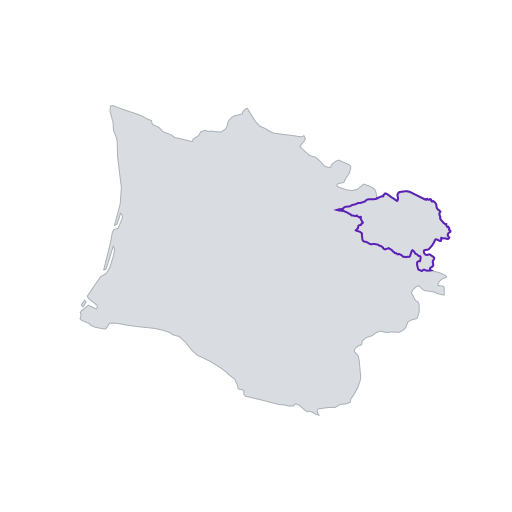 Denguélé on a map of Ivory Coast (Equal Earth projection), rotated 111°
{"feature_id": "CIV-3437", "entity_name": "Denguélé", "entity_type": "Region", "adm_level": 1, "iso_a3": "CIV", "parent_name": "Ivory Coast", "parent_adm1": "", "projection": "equal_earth", "projection_center": [-7.217, 9.491], "detail": "fine", "context": "in_parent", "style": "outline", "palette": "violet", "viewbox_px": 512, "rotation_deg": 111, "n_neighbors": 0, "source": "natural_earth", "source_scale": "10m", "svg_char_len": 8555}
<svg xmlns="http://www.w3.org/2000/svg" viewBox="0 0 512 512"><g transform="rotate(111 256 256)"><path d="M148.6,99.7L149.9,99.6L153.3,98.3L156.3,95.3L159.2,89.0L163.1,84.0L167.4,84.3L168.7,83.4L170.3,83.2L172.1,86.6L173.9,89.1L175.2,89.2L176.2,93.9L184.2,95.9L187.6,97.3L190.5,100.7L191.5,100.8L192.7,100.1L193.6,98.9L193.8,97.5L192.6,94.4L193.1,91.6L194.4,89.0L196.4,88.9L199.5,88.2L203.1,88.1L205.7,88.6L206.8,86.1L205.8,79.0L206.0,75.1L206.4,71.7L207.4,70.4L211.4,74.6L215.0,76.0L217.6,76.2L218.3,75.4L217.2,70.9L217.5,69.5L218.4,68.7L220.1,68.3L224.7,66.4L225.2,66.8L226.1,73.9L225.7,76.2L226.6,81.1L227.8,85.6L227.8,87.4L226.8,90.2L225.6,92.8L225.7,93.8L227.6,95.6L231.1,97.3L234.7,97.8L236.7,95.1L238.9,93.0L240.3,91.1L240.8,88.3L243.1,86.2L249.7,83.6L255.8,83.2L257.2,84.1L260.0,88.0L263.4,90.7L268.7,90.4L272.6,92.0L275.9,95.0L278.1,101.7L280.6,106.6L281.7,113.5L285.5,117.1L288.5,118.7L292.6,123.8L296.9,126.3L301.2,125.7L303.3,128.4L306.5,130.2L309.8,130.3L312.7,124.6L316.4,122.3L326.0,117.6L329.8,115.6L333.6,114.2L342.8,113.8L351.4,115.2L355.7,116.3L358.6,115.5L361.4,118.3L364.3,124.0L366.6,125.9L369.0,127.9L370.8,132.4L372.9,136.9L374.1,138.9L376.7,143.4L378.9,143.5L381.0,141.5L382.0,140.1L382.4,143.0L381.6,147.8L381.8,150.8L383.0,151.9L382.3,155.7L379.8,162.2L379.8,166.0L382.4,167.2L384.2,171.3L385.3,178.2L386.4,180.5L386.5,182.0L388.4,198.8L390.7,215.7L389.3,217.9L387.3,218.6L386.0,219.3L385.7,220.9L386.5,223.2L386.0,225.3L383.5,226.8L378.2,232.2L377.9,234.3L376.5,238.9L375.3,241.7L373.6,246.9L370.8,260.6L369.9,271.9L369.7,275.4L368.6,277.9L367.4,281.4L361.7,291.2L358.7,299.1L359.1,302.6L359.3,306.1L358.4,308.6L358.6,315.3L359.3,320.9L360.4,326.5L364.6,342.1L366.8,351.6L368.2,359.3L369.4,364.4L370.6,366.5L371.0,368.5L377.3,369.9L378.5,371.1L380.2,381.1L379.9,385.6L378.7,387.3L378.8,391.1L378.5,395.9L377.6,397.8L374.1,398.0L371.7,399.8L368.6,399.1L368.3,397.9L366.6,397.5L362.0,394.8L362.7,386.1L360.6,385.7L358.9,386.9L355.6,397.3L354.0,399.1L330.9,393.7L325.8,389.4L319.8,388.4L309.3,388.9L300.6,390.2L298.2,392.8L320.0,391.3L322.4,391.6L323.5,393.2L295.8,396.6L285.3,398.6L282.2,398.1L279.8,394.7L268.3,394.3L266.0,395.4L264.6,397.9L269.1,397.4L276.2,397.2L278.1,399.1L255.8,401.5L240.4,406.2L233.8,409.7L212.3,421.1L199.1,426.5L195.7,428.5L189.7,434.1L182.0,437.6L173.4,444.1L168.1,445.6L166.9,443.5L166.8,432.4L166.1,417.5L166.3,411.9L167.0,406.5L167.1,402.1L169.7,400.4L170.4,398.5L170.8,392.8L173.2,387.5L173.3,378.4L174.0,376.5L174.5,374.0L173.5,368.0L172.1,356.7L171.5,356.0L170.9,356.4L169.5,356.7L164.1,352.7L159.9,352.1L157.0,348.7L156.8,344.9L155.4,342.7L154.4,338.3L152.9,333.2L148.8,330.2L144.9,329.4L142.2,330.1L139.0,329.9L135.3,328.2L132.7,326.3L130.3,322.6L128.1,319.7L126.3,320.0L124.1,319.3L122.0,318.0L121.3,317.0L130.3,305.2L133.3,299.5L133.6,296.0L133.7,292.4L134.6,288.8L134.9,283.2L130.0,263.1L128.7,256.9L127.4,255.1L126.5,254.4L129.0,251.8L132.5,252.5L137.8,254.5L138.9,252.5L142.9,242.4L142.8,238.6L142.4,236.0L144.8,229.1L146.7,226.4L147.6,223.5L147.3,219.5L145.9,218.0L144.1,218.3L141.9,217.3L138.5,215.1L136.8,213.0L137.3,203.9L137.6,201.0L138.8,199.4L140.7,198.9L145.9,198.7L150.1,199.7L153.9,200.3L155.9,200.3L157.5,203.0L159.6,205.8L161.5,205.8L162.1,203.7L161.7,194.7L160.5,189.9L157.6,185.3L150.3,181.3L150.1,175.8L150.8,169.9L152.4,167.7L157.9,163.9L156.9,161.8L155.2,159.7L151.7,157.5L152.5,150.3L152.7,144.0L149.8,144.7L146.8,145.1L144.2,143.1L142.1,139.2L141.7,128.6L141.7,116.3L141.3,110.9L142.1,108.0L144.7,105.3L147.6,101.9L148.6,99.7ZM365.6,399.2L364.4,401.6L358.5,400.1L359.9,398.1L365.6,399.2Z" fill="#d9dde1" stroke="#a8b0b8" stroke-width="1"/><path d="M141.7,117.3L141.3,116.7L141.6,116.4L141.7,116.0L141.6,114.9L141.4,114.6L141.1,114.5L140.9,114.5L140.7,114.4L140.6,113.9L140.4,113.3L140.5,112.8L141.4,112.3L142.0,111.7L142.1,111.1L141.6,110.9L141.2,110.2L141.6,108.7L142.5,107.1L143.4,106.1L145.6,105.0L146.6,104.2L147.5,102.8L147.6,101.9L147.8,101.1L148.2,100.4L148.6,99.7L149.4,100.1L150.4,100.1L151.3,99.8L152.1,99.3L152.9,98.4L153.3,98.0L154.4,97.8L154.9,97.6L155.3,97.2L155.7,96.8L156.7,95.0L156.9,94.5L157.1,93.9L157.4,93.6L157.7,93.3L157.9,92.8L158.0,92.0L158.5,90.8L158.0,89.8L158.8,89.5L159.8,88.7L160.3,87.8L159.8,86.9L160.2,86.6L160.4,86.5L160.4,86.1L161.0,85.5L161.4,85.3L161.9,85.4L162.3,85.3L162.5,84.6L162.7,83.9L162.9,83.4L163.9,83.2L165.4,84.5L166.5,84.6L166.9,84.6L167.7,84.6L168.1,84.4L168.4,84.0L169.5,82.2L170.1,82.1L170.6,82.3L171.1,82.6L171.4,83.2L171.7,83.9L171.7,84.5L171.7,85.2L171.7,85.7L171.9,86.3L172.6,87.9L172.7,88.6L172.6,89.1L172.6,89.5L173.2,89.5L173.6,89.4L174.8,88.8L175.8,88.9L176.1,89.8L175.8,92.2L175.8,93.6L176.2,94.4L176.9,94.6L179.7,94.7L183.2,95.4L187.5,97.0L188.3,97.6L189.0,98.7L189.6,100.1L190.4,101.0L191.5,101.0L192.5,100.5L193.5,99.6L194.0,98.3L193.9,96.8L193.5,96.2L192.9,95.7L192.4,95.1L192.3,94.3L193.4,89.6L193.9,88.9L194.9,88.7L197.4,89.1L198.2,88.9L200.8,87.3L201.8,87.2L202.8,87.6L204.4,88.9L205.4,89.1L206.4,88.6L206.8,87.9L206.8,87.6L207.3,88.3L208.1,90.4L208.4,91.1L208.6,92.0L208.6,92.5L208.5,93.2L208.4,93.6L208.5,94.0L208.6,94.4L209.0,94.9L209.2,95.1L210.6,95.7L210.7,96.1L210.5,97.4L210.5,98.1L210.6,99.1L210.5,99.4L210.4,99.6L210.2,99.8L206.7,102.4L204.9,103.1L204.4,103.2L204.1,103.3L203.8,103.2L203.5,103.0L203.0,102.7L202.5,102.1L202.0,101.0L200.4,101.4L199.8,101.3L198.6,101.6L197.8,102.1L197.3,103.0L197.6,103.5L197.7,103.8L197.6,104.3L197.5,104.7L197.1,105.5L196.9,106.1L196.8,106.9L196.8,107.3L196.7,107.8L196.6,108.2L195.7,109.3L195.3,109.9L194.6,111.4L194.5,111.7L194.5,112.0L194.8,112.2L195.0,112.3L195.3,112.4L200.9,112.2L201.2,112.2L201.4,112.3L201.6,112.4L201.8,112.6L202.0,112.9L202.3,114.1L202.5,114.4L202.7,114.7L202.9,114.8L203.0,115.0L203.2,115.3L203.3,115.7L203.5,117.2L203.7,117.4L203.9,117.9L204.0,118.2L203.9,118.6L203.7,119.1L203.5,119.4L203.3,119.8L203.1,120.4L203.0,121.6L202.8,122.5L202.8,123.0L202.9,123.4L203.4,123.7L203.5,123.9L203.7,124.2L203.7,124.5L203.6,124.9L203.4,125.5L203.2,125.9L203.2,126.4L203.3,126.8L203.5,127.1L203.5,127.3L203.5,127.6L203.2,127.9L203.0,128.2L202.9,128.7L202.8,129.3L202.7,129.8L202.0,130.9L201.9,131.2L201.6,132.2L201.1,135.1L201.9,135.7L202.2,136.1L202.6,136.8L203.2,137.5L203.5,137.7L203.6,137.9L203.6,138.3L203.6,138.8L203.4,139.5L203.3,139.9L203.0,140.2L202.8,140.3L202.6,140.4L202.5,140.7L202.4,141.0L202.3,141.7L202.2,142.0L202.1,142.3L201.9,142.6L201.9,142.9L201.9,143.3L202.1,143.9L202.2,144.4L202.1,144.9L201.7,145.7L201.8,146.4L201.9,147.5L202.4,150.0L203.1,151.5L203.3,152.0L203.6,152.4L203.8,152.6L203.9,153.2L203.9,154.2L203.4,157.6L203.3,158.4L203.7,159.2L203.7,159.7L203.8,160.0L203.4,161.7L201.8,163.0L200.7,163.4L200.3,163.6L199.8,164.1L199.2,164.4L197.5,164.9L197.0,165.2L196.7,165.6L196.7,166.0L196.6,166.4L196.3,167.0L196.2,167.4L196.2,167.8L196.2,168.7L196.4,171.4L196.4,171.7L196.3,172.1L196.2,172.1L195.7,171.6L195.5,171.4L195.2,171.3L194.7,171.4L194.4,171.3L194.1,171.2L193.9,171.0L193.7,170.8L193.4,170.7L192.1,171.1L191.4,171.2L191.1,171.2L190.9,171.1L190.7,171.0L190.5,170.8L190.3,170.7L190.1,170.4L189.6,169.5L189.5,169.2L189.3,169.1L189.1,169.1L188.3,169.1L188.0,169.1L187.8,169.0L187.7,168.8L187.6,168.7L187.4,168.5L187.2,168.4L186.8,168.2L186.5,168.2L186.3,168.4L186.2,168.5L186.0,168.9L185.6,169.5L185.1,170.0L184.4,170.9L183.7,171.5L182.6,171.9L182.0,172.0L181.9,172.3L182.0,172.6L182.6,172.7L183.0,172.9L183.0,173.2L182.7,173.9L182.7,174.7L182.6,175.3L182.4,175.9L182.1,176.4L182.7,176.7L183.1,177.4L183.3,178.3L183.3,179.4L183.4,179.8L183.8,180.8L183.9,181.3L183.8,181.7L183.4,182.2L183.3,182.7L183.2,183.7L182.7,186.6L182.7,188.8L182.5,189.9L182.1,191.0L182.7,191.1L183.0,191.3L182.9,191.6L182.4,191.8L183.0,192.4L183.4,193.5L183.8,194.8L184.0,197.0L182.6,195.2L182.2,194.4L182.0,193.8L181.9,193.5L181.6,193.1L181.2,192.6L180.1,191.6L179.8,191.4L179.3,191.2L178.9,191.0L178.5,190.7L177.9,189.9L176.8,187.7L176.3,186.7L176.1,186.3L175.8,186.0L174.8,185.2L174.3,184.8L173.9,184.5L172.0,181.5L170.4,180.2L170.2,180.1L170.1,179.8L168.9,177.3L168.5,176.8L166.0,173.8L164.6,173.2L163.8,172.7L163.4,172.3L163.1,171.9L162.8,171.4L160.8,166.4L159.7,164.4L159.2,164.2L159.3,164.1L158.7,163.2L156.9,161.9L155.9,160.8L155.4,160.2L154.8,158.7L154.4,158.6L154.0,158.8L153.5,158.9L151.2,157.8L151.2,155.6L152.7,150.4L152.9,149.1L154.1,144.3L153.8,143.8L152.0,143.8L151.1,144.1L149.4,145.3L148.5,145.8L147.7,145.9L146.7,145.8L145.7,145.6L145.0,145.1L144.3,144.0L141.7,139.2L141.4,138.2L141.2,137.2L141.0,135.8L141.0,134.5L141.1,134.0L142.7,118.5L142.5,117.3L141.7,117.3Z" fill="none" stroke="#5b21b6" stroke-width="2"/></g></svg>